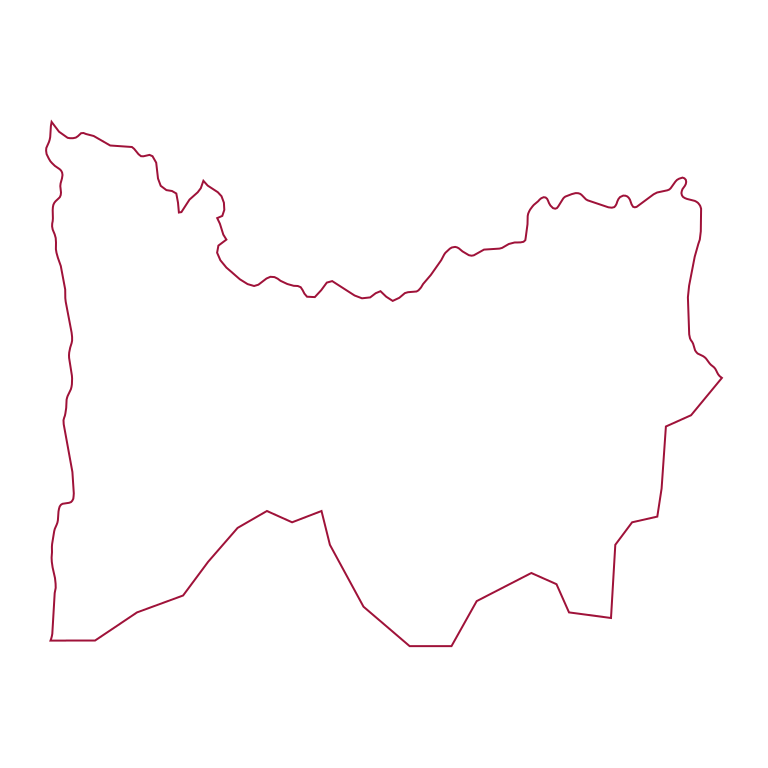 Amoron'i Mania, Equal Earth projection
{"feature_id": "MDG-5861", "entity_name": "Amoron'i Mania", "entity_type": "Autonomous Province", "adm_level": 1, "iso_a3": "MDG", "parent_name": "Madagascar", "parent_adm1": "", "projection": "equal_earth", "projection_center": [46.639, -20.465], "detail": "fine", "context": "isolated", "style": "outline", "palette": "rose", "viewbox_px": 768, "rotation_deg": 0, "n_neighbors": 0, "source": "natural_earth", "source_scale": "10m", "svg_char_len": 3883}
<svg xmlns="http://www.w3.org/2000/svg" viewBox="0 0 768 768"><path d="M51.6,121.9L59.0,131.7L67.6,137.8L70.0,138.2L73.0,138.2L75.8,137.6L77.9,136.2L81.1,133.2L83.5,133.0L86.0,134.0L93.7,136.0L110.2,145.5L131.9,147.0L134.1,148.8L138.5,154.2L141.0,156.2L143.4,156.3L149.5,154.9L152.5,156.2L156.2,162.7L158.0,178.5L160.7,185.8L166.4,190.1L172.0,191.0L176.3,193.5L178.0,202.7L178.9,212.5L181.4,212.1L189.5,199.6L197.7,192.3L200.8,188.2L203.4,180.8L207.7,185.6L217.8,192.2L221.5,196.2L223.9,202.7L224.3,209.9L222.3,215.9L217.2,218.1L219.9,223.7L223.3,234.6L226.4,239.6L218.4,245.6L217.1,252.7L220.4,260.3L226.4,267.6L239.9,279.3L247.6,284.1L254.1,286.0L258.4,284.7L266.5,278.5L270.4,276.8L274.5,277.1L277.7,278.7L280.5,280.8L287.3,284.0L293.7,285.8L297.8,286.0L300.7,287.2L302.6,290.1L304.4,293.6L307.0,296.7L314.8,297.1L321.2,290.2L326.8,282.6L332.2,281.1L354.6,295.5L362.0,298.3L370.2,297.4L375.7,293.2L380.5,291.2L386.2,296.7L392.7,300.9L399.3,297.8L404.9,293.1L408.0,292.2L416.5,291.5L418.4,290.4L419.7,289.0L421.0,287.5L423.1,284.0L430.8,275.0L441.2,260.2L444.2,254.5L445.4,252.8L449.8,248.7L451.8,247.5L455.1,246.9L457.1,247.4L458.8,248.3L462.5,251.4L468.9,255.2L471.6,255.7L473.8,255.3L484.0,249.6L499.5,248.6L502.1,247.9L508.8,244.0L514.5,242.5L520.4,242.4L523.5,241.8L525.3,240.2L525.7,237.7L527.5,224.2L527.7,216.0L528.2,213.6L529.1,211.5L530.1,209.6L532.5,206.4L533.8,204.9L538.2,201.2L539.6,199.6L541.3,198.2L543.7,197.2L545.6,197.5L547.1,198.8L548.0,200.6L549.0,203.1L550.4,205.5L553.0,208.1L555.2,208.7L556.9,208.1L558.2,206.5L563.2,198.5L564.0,197.6L565.3,196.6L571.8,194.1L575.6,193.1L578.2,193.2L580.3,193.9L581.8,195.1L585.9,199.3L587.6,200.3L608.4,207.3L611.8,207.7L614.3,207.1L615.6,205.6L616.6,203.7L617.3,201.5L618.4,199.1L620.0,197.1L623.2,195.6L625.4,195.7L627.4,196.5L628.8,197.9L629.9,199.6L631.6,204.4L633.1,206.8L634.8,207.3L636.6,206.9L653.6,194.3L657.1,192.5L667.4,190.3L669.3,189.5L670.7,188.2L675.4,181.6L677.0,179.9L679.1,178.7L682.5,177.6L684.4,178.3L685.8,179.8L686.2,181.9L685.8,184.0L684.9,185.8L682.5,189.1L681.8,191.0L681.4,193.1L681.9,195.2L682.9,196.8L684.7,198.0L686.9,198.9L694.8,200.9L696.5,201.8L698.0,202.9L699.3,204.5L700.2,205.9L701.1,208.7L700.8,231.3L699.8,239.6L698.3,244.0L694.7,256.8L689.1,285.7L687.9,297.3L689.2,334.4L690.0,338.3L690.9,340.2L692.1,341.8L693.1,343.7L695.1,350.4L696.3,352.1L697.6,353.5L703.0,356.1L704.6,357.2L706.0,358.5L709.6,363.4L710.9,364.8L713.9,367.2L715.2,368.7L716.2,370.5L717.1,372.4L718.2,374.4L719.7,376.2L721.9,377.9L691.1,415.2L665.9,426.5L661.6,488.5L657.3,516.6L632.1,522.3L615.3,544.8L611.0,618.0L569.0,612.4L556.5,584.2L531.3,573.0L476.7,601.1L451.5,646.1L409.6,646.1L363.5,606.7L329.9,544.8L321.5,511.0L292.1,522.3L266.9,511.0L237.6,527.9L208.2,561.7L183.1,595.5L137.0,612.4L95.1,640.5L50.5,640.6L51.3,638.3L51.9,636.0L52.3,633.8L54.7,593.0L55.7,587.9L55.6,583.8L55.0,578.1L52.6,567.4L51.8,561.8L51.6,557.6L52.0,552.2L51.9,546.8L52.1,544.1L54.2,531.2L54.8,528.9L56.6,524.8L57.4,522.7L57.9,520.2L58.5,511.5L59.0,508.8L59.7,506.5L60.9,504.8L62.5,503.8L69.1,502.8L71.0,502.1L72.3,500.7L73.3,498.7L73.6,496.2L73.8,493.4L72.4,472.0L63.7,424.2L63.5,420.2L64.1,417.9L64.9,415.7L65.4,413.3L66.2,407.9L66.6,399.6L67.1,397.6L67.6,396.1L70.9,389.2L71.5,386.9L71.9,384.3L72.1,378.5L71.9,375.6L69.1,357.9L69.0,355.2L69.2,352.5L70.2,347.6L71.6,343.1L72.1,340.6L72.1,337.0L71.6,332.6L65.7,301.7L65.3,298.1L65.2,289.5L60.8,266.0L57.9,257.8L56.5,252.8L55.9,249.2L56.0,242.6L55.7,238.0L54.7,234.4L52.7,229.6L52.1,226.4L52.2,223.6L52.7,221.1L52.9,218.4L52.7,210.0L52.9,207.1L53.4,204.7L54.4,202.7L55.6,201.2L58.4,198.6L59.8,197.2L60.7,195.1L61.0,192.5L60.3,186.1L60.6,183.4L62.0,178.3L62.5,175.0L62.1,172.5L61.1,170.6L59.7,169.2L54.9,165.9L52.1,163.2L50.4,161.3L48.8,158.6L46.6,154.1L46.1,150.7L46.3,148.0L49.0,141.9L49.7,139.6L50.2,137.1L50.9,125.9L51.6,121.9Z" fill="none" stroke="#9f1239" stroke-width="2"/></svg>